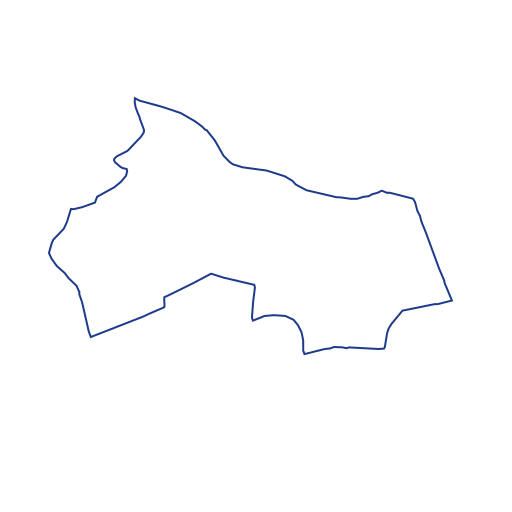 outline of Totonicapán, Totonicapán, Guatemala, rotated 15°
{"feature_id": "79465075B19896834166836", "entity_name": "Totonicapán", "entity_type": "district", "adm_level": 2, "iso_a3": "GTM", "parent_name": "Guatemala", "parent_adm1": "Totonicapán", "projection": "natural_earth1", "projection_center": [-91.331, 14.892], "detail": "fine", "context": "isolated", "style": "outline", "palette": "blue", "viewbox_px": 512, "rotation_deg": 15, "n_neighbors": 0, "source": "geoboundaries", "source_scale": "gbopen_adm2", "svg_char_len": 1665}
<svg xmlns="http://www.w3.org/2000/svg" viewBox="0 0 512 512"><g transform="rotate(15 256 256)"><path d="M117.4,377.0L163.1,343.4L168.2,339.1L175.0,333.7L178.5,331.0L180.7,329.0L180.3,327.0L178.8,322.4L178.1,319.6L183.3,315.2L201.9,298.9L217.2,284.7L230.0,285.3L261.8,284.3L263.1,286.7L265.1,301.1L268.1,316.8L269.8,319.2L279.8,311.7L288.7,308.5L299.9,306.3L308.8,307.9L314.4,311.9L319.7,317.9L323.4,325.2L326.1,335.2L328.2,338.2L346.4,328.1L351.6,326.1L354.7,323.8L362.8,321.9L367.4,321.6L369.5,320.2L398.5,314.1L403.6,312.3L404.0,310.5L402.6,296.4L402.9,291.7L404.5,286.4L411.6,270.9L441.1,256.2L443.9,255.5L456.8,248.3L444.9,232.9L444.3,231.2L436.0,220.6L414.1,189.5L407.5,180.8L405.9,178.3L404.0,174.8L400.3,170.8L395.7,162.8L392.9,160.0L372.4,160.2L367.8,160.4L366.8,161.1L360.6,160.4L357.0,163.5L352.3,166.2L349.5,169.0L344.1,171.2L338.9,174.6L332.9,176.2L322.0,177.6L318.5,178.4L287.8,179.4L276.0,176.7L271.8,174.0L263.4,171.6L244.3,170.7L220.0,173.8L210.0,173.4L206.4,172.1L198.6,167.5L186.3,155.0L175.6,147.1L174.0,147.1L170.8,145.1L162.0,141.6L146.2,137.4L126.3,136.2L103.5,136.1L98.2,135.0L99.0,138.7L101.2,143.5L105.7,149.7L107.3,151.6L108.6,153.9L114.9,162.8L115.4,163.9L115.6,165.4L115.3,166.8L114.8,168.3L114.0,170.6L104.7,187.7L95.7,195.8L94.0,198.7L94.1,200.2L95.5,201.9L102.0,205.0L104.4,205.6L108.5,205.4L109.6,207.4L109.7,212.1L106.3,219.4L101.3,226.3L87.2,239.9L86.6,246.1L75.3,253.9L67.7,258.0L65.1,258.4L64.6,272.0L63.3,279.4L56.0,292.7L55.4,295.9L55.2,306.7L59.5,311.8L64.3,315.7L66.3,317.3L75.7,322.0L80.8,326.0L90.2,331.1L94.7,336.5L95.2,338.6L100.0,345.7L114.0,372.2L117.4,377.0Z" fill="none" stroke="#1e3a8a" stroke-width="2"/></g></svg>